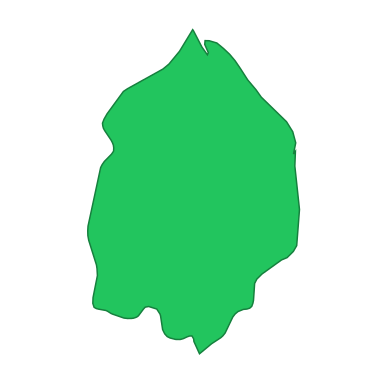 the border of Pomeroon-Supenaam, rotated 356°
{"feature_id": "GUY-680", "entity_name": "Pomeroon-Supenaam", "entity_type": "Region", "adm_level": 1, "iso_a3": "GUY", "parent_name": "Guyana", "parent_adm1": "", "projection": "robinson", "projection_center": [-58.872, 7.19], "detail": "fine", "context": "isolated", "style": "filled", "palette": "green", "viewbox_px": 384, "rotation_deg": 356, "n_neighbors": 0, "source": "natural_earth", "source_scale": "10m", "svg_char_len": 1420}
<svg xmlns="http://www.w3.org/2000/svg" viewBox="0 0 384 384"><g transform="rotate(356 192 192)"><path d="M204.0,30.1L204.6,31.0L212.0,48.1L216.9,56.2L218.0,54.1L215.0,45.7L215.6,41.9L219.7,42.3L227.2,45.1L233.5,51.1L239.2,57.3L244.2,64.2L249.1,72.6L255.4,84.1L263.0,94.5L267.7,102.2L291.2,128.5L296.7,138.9L298.9,150.2L295.9,161.2L298.0,158.7L296.4,173.3L298.0,217.0L292.7,252.8L289.0,258.3L282.3,264.1L276.6,266.0L256.2,278.6L250.6,283.4L248.1,287.6L245.8,304.3L245.0,307.2L243.6,310.3L241.5,311.9L238.6,312.6L235.0,312.7L229.5,314.5L226.5,316.7L224.0,319.5L215.2,335.0L212.7,337.7L210.5,339.4L201.0,344.7L188.2,353.9L183.5,341.3L183.4,338.6L181.9,335.6L179.4,335.5L176.9,336.2L173.3,337.6L171.6,338.0L169.8,338.3L165.3,337.9L159.9,336.1L157.2,334.5L154.9,331.6L153.1,327.2L152.0,313.4L151.6,311.6L148.7,306.3L140.8,303.2L137.3,303.6L135.5,305.3L129.9,311.8L128.3,312.8L126.5,313.4L124.8,313.8L122.9,313.9L119.0,313.7L115.3,313.0L104.5,308.4L102.9,307.6L99.5,305.1L97.9,304.2L90.5,302.3L88.4,301.6L86.3,300.2L85.3,296.2L85.9,290.5L91.8,268.8L91.9,261.9L91.6,258.1L85.6,233.0L85.1,228.3L85.3,223.5L85.9,218.8L102.6,161.2L104.3,158.4L106.7,155.4L114.4,148.6L116.6,145.8L117.0,142.5L116.8,139.7L116.0,137.1L114.9,134.6L109.2,124.7L108.1,122.3L107.6,119.7L107.5,117.1L109.4,113.1L112.8,108.0L130.6,86.9L135.0,84.4L171.6,67.3L177.9,62.8L189.4,50.7L204.0,30.1Z" fill="#22c55e" stroke="#15803d" stroke-width="1.5"/></g></svg>